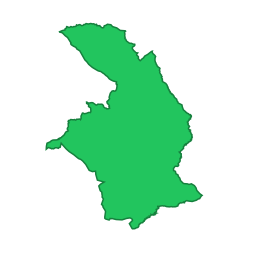 the district of Nabon, Azuay, Ecuador, rotated 101°
{"feature_id": "8360857B24818019376312", "entity_name": "Nabon", "entity_type": "district", "adm_level": 2, "iso_a3": "ECU", "parent_name": "Ecuador", "parent_adm1": "Azuay", "projection": "robinson", "projection_center": [-79.125, -3.333], "detail": "fine", "context": "isolated", "style": "filled", "palette": "green", "viewbox_px": 256, "rotation_deg": 101, "n_neighbors": 0, "source": "geoboundaries", "source_scale": "gbopen_adm2", "svg_char_len": 5789}
<svg xmlns="http://www.w3.org/2000/svg" viewBox="0 0 256 256"><g transform="rotate(101 128 128)"><path d="M77.0,99.5L75.9,102.8L75.2,103.4L74.4,103.2L73.6,103.8L73.2,103.7L72.0,104.8L71.1,104.4L70.5,105.2L69.7,105.3L69.5,105.8L67.5,107.5L66.1,107.5L65.4,108.2L63.4,108.0L62.9,108.6L62.6,109.9L61.9,110.5L61.6,111.2L60.4,111.9L60.1,112.4L58.9,113.0L58.1,113.7L56.1,114.6L54.9,114.6L54.2,114.9L52.6,114.5L51.5,115.6L50.2,117.8L48.7,118.9L48.0,118.8L48.4,119.6L52.0,122.7L54.2,125.3L56.3,126.2L57.5,127.4L59.6,128.8L59.5,129.3L57.7,131.3L56.3,131.3L55.8,131.7L54.8,133.4L53.8,133.5L52.5,132.8L52.5,134.9L51.6,135.9L50.9,137.2L49.3,138.9L47.7,139.0L46.2,137.4L45.2,137.1L44.5,137.4L44.7,139.0L44.2,140.7L44.5,142.7L42.9,146.1L41.2,147.2L40.9,148.0L40.4,148.3L39.6,148.1L38.3,148.8L36.2,149.0L35.2,149.6L33.9,149.4L33.4,148.9L33.1,149.3L33.7,154.3L31.9,158.1L31.4,162.5L29.9,164.5L30.1,168.0L31.4,169.3L32.2,170.8L34.1,171.1L34.6,172.4L33.7,174.5L32.9,175.2L33.5,178.1L32.5,178.4L32.2,178.7L32.9,180.2L32.2,181.4L32.6,182.6L32.5,184.5L33.5,186.8L33.5,189.1L34.6,189.9L34.8,191.0L35.7,191.5L36.4,192.9L35.7,195.0L36.0,195.9L36.8,196.8L36.6,198.2L38.0,198.4L38.6,199.5L38.7,200.5L39.4,201.4L39.5,202.2L39.3,203.4L40.2,204.3L40.6,205.1L40.1,207.4L40.4,207.6L41.6,207.5L42.7,208.7L43.8,208.6L44.8,210.9L46.6,213.6L46.9,213.4L47.0,211.1L47.3,210.3L49.5,207.1L50.7,204.6L55.4,200.2L56.3,200.3L57.1,199.5L58.1,197.1L58.8,194.5L60.2,193.3L61.5,190.0L69.4,183.3L70.9,181.0L73.0,178.7L75.3,174.6L76.5,171.4L77.6,168.2L77.8,165.2L78.9,163.1L79.3,161.9L80.7,159.7L81.4,158.0L83.3,155.8L84.1,153.8L84.7,151.4L84.9,148.1L87.0,148.1L87.3,147.7L87.3,146.9L88.5,147.0L89.4,146.7L92.5,146.7L93.8,147.3L94.4,148.1L94.5,148.7L94.2,149.1L94.7,150.6L97.2,152.0L101.4,152.4L102.8,151.7L104.8,152.7L106.0,153.7L107.4,153.3L109.6,150.6L110.3,150.4L110.8,150.8L112.0,149.8L112.8,150.8L113.2,152.3L113.2,152.7L112.7,153.2L112.8,154.2L112.2,155.5L111.5,156.2L110.5,156.5L109.6,158.1L110.2,160.7L110.3,162.1L110.9,162.5L111.6,163.6L109.9,167.4L110.1,168.9L110.9,170.8L111.0,172.2L110.5,173.0L110.5,173.6L111.8,173.3L112.3,171.6L112.8,171.1L114.5,170.8L115.2,168.9L115.6,168.5L118.6,167.6L120.0,167.8L120.1,169.3L121.6,171.7L122.3,173.5L121.9,175.1L122.1,175.6L125.3,176.4L127.6,175.9L128.9,176.2L128.5,176.8L128.5,177.6L128.8,178.2L129.3,180.3L129.9,180.5L130.3,181.2L129.9,182.2L130.4,183.2L130.6,185.8L131.6,186.7L132.0,187.8L133.3,188.0L133.7,187.1L134.5,187.1L135.1,187.6L138.0,186.8L139.9,187.5L141.0,187.2L141.6,186.4L142.4,186.3L142.8,186.6L143.1,187.6L144.1,188.4L147.1,189.4L147.8,190.2L148.5,190.4L149.2,191.2L150.2,191.7L150.6,192.6L151.9,193.2L152.0,193.8L151.4,193.7L151.9,194.4L152.6,194.3L153.4,196.1L154.1,199.3L155.2,200.9L156.2,201.5L158.4,204.6L161.4,204.6L164.4,204.2L162.4,202.6L162.6,200.3L163.0,199.0L162.7,198.4L162.6,197.0L161.3,195.7L161.0,194.3L161.2,192.5L160.5,192.2L159.9,190.9L155.7,190.7L160.3,184.7L162.4,181.2L164.6,176.0L167.0,171.6L167.6,170.2L167.8,168.5L168.9,166.3L171.8,162.5L177.0,158.0L177.6,154.6L176.6,151.6L179.8,150.7L185.0,148.1L185.6,141.1L188.4,144.3L190.5,145.6L194.5,143.5L195.0,143.1L195.6,141.9L196.4,141.3L197.8,141.0L199.2,140.4L200.8,140.2L202.3,138.6L208.0,139.4L209.1,137.9L210.4,137.4L213.3,134.7L214.3,134.1L219.9,133.8L221.2,133.4L221.6,132.5L221.9,129.2L221.8,128.8L220.2,128.3L220.3,127.2L219.9,126.6L220.1,122.2L219.3,116.3L217.0,112.1L216.0,109.4L215.9,108.3L216.8,106.4L217.6,106.0L218.3,106.2L221.6,108.4L225.9,104.8L226.1,104.3L225.5,102.0L224.7,101.2L223.7,99.3L222.5,98.7L220.8,98.8L220.2,98.5L220.1,98.1L219.6,98.0L218.7,97.1L218.1,95.5L216.4,94.8L216.3,94.3L215.4,94.4L215.1,93.8L214.7,93.7L214.1,94.0L213.8,93.0L213.0,92.1L212.8,92.0L212.6,92.4L212.3,91.9L211.9,91.9L212.0,90.6L211.4,89.7L210.5,90.3L210.4,89.6L209.6,88.9L208.9,88.6L208.5,88.8L208.7,87.8L208.5,87.4L208.7,86.9L208.6,86.4L208.2,86.2L208.3,85.7L207.9,85.0L207.4,86.1L206.3,84.2L206.3,85.0L205.9,85.6L204.7,84.2L203.0,84.2L202.5,84.7L201.5,83.1L200.7,82.5L200.0,82.7L199.8,83.8L199.2,83.8L199.1,82.6L198.3,81.1L197.7,79.0L197.8,78.1L197.5,77.3L197.8,75.1L197.5,72.2L196.9,70.6L196.9,69.3L196.2,66.2L195.0,64.2L194.0,64.2L193.7,63.9L193.0,63.9L191.3,62.1L191.3,61.0L190.7,60.0L190.6,59.0L190.1,59.0L190.3,58.5L189.8,58.6L189.7,58.1L188.8,57.5L188.0,56.3L188.2,55.6L187.9,51.0L185.9,47.2L184.1,45.3L183.7,44.2L180.8,43.1L180.0,42.4L178.8,45.0L176.1,48.6L173.8,49.8L171.9,51.8L170.7,55.1L171.8,57.4L171.5,58.8L171.9,62.6L171.7,63.3L169.6,66.4L167.3,67.6L166.1,69.2L164.4,70.1L163.8,72.2L161.5,73.2L161.1,75.1L159.1,75.6L156.8,74.6L156.4,73.9L156.2,71.9L155.2,71.2L154.6,71.2L154.1,71.7L153.4,72.0L150.9,70.6L149.4,70.7L148.3,71.2L147.1,70.1L146.8,70.8L146.2,70.7L145.7,70.2L144.9,70.6L143.2,70.8L143.1,71.4L142.4,71.9L142.5,72.3L141.9,73.0L141.7,72.4L139.8,71.4L138.9,70.5L137.9,70.1L137.6,69.6L135.7,70.0L134.3,69.0L133.8,69.3L133.4,68.7L133.5,68.1L132.8,68.3L132.9,67.5L132.2,67.5L131.4,66.4L130.7,65.9L130.2,66.0L129.8,65.1L128.5,63.8L128.0,64.2L127.6,63.6L127.2,63.9L126.7,63.4L126.1,63.7L125.2,63.2L124.9,63.6L124.3,63.4L124.0,63.8L123.0,63.8L122.4,64.4L122.1,64.2L121.7,64.9L120.2,65.7L119.6,66.5L119.5,66.4L119.2,67.0L118.2,66.3L117.9,67.0L117.8,68.0L117.3,68.5L116.3,68.6L114.7,67.9L113.3,69.7L112.7,69.9L112.5,69.7L111.8,69.9L110.9,70.8L110.6,70.4L109.3,70.0L108.7,69.5L107.7,69.6L107.4,68.6L107.1,68.3L106.1,68.7L104.9,68.4L104.9,68.0L104.1,68.1L103.5,68.6L103.6,69.1L103.0,69.4L103.3,70.3L102.4,71.4L102.2,72.9L101.6,73.4L101.4,74.4L100.9,74.8L99.6,77.1L97.1,78.6L95.0,79.5L93.9,83.5L92.5,84.3L92.0,85.1L90.5,85.7L88.9,88.5L88.0,88.9L86.7,90.3L86.6,91.4L85.9,91.5L85.9,92.2L85.5,93.0L85.2,92.9L84.5,93.9L84.0,93.7L83.7,94.4L83.2,94.9L82.7,94.9L81.9,95.9L81.1,96.1L80.7,96.8L80.1,96.7L79.1,97.6L78.5,97.8L77.0,99.5Z" fill="#22c55e" stroke="#15803d" stroke-width="1.5"/></g></svg>